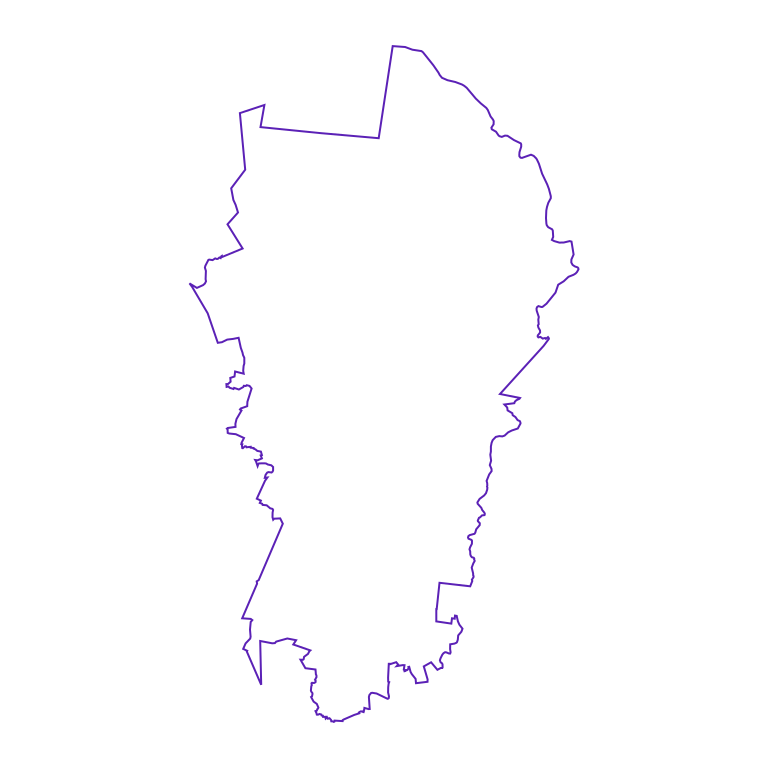 outline of Nacajuca, Tabasco, Mexico
{"feature_id": "50627088B18238703345700", "entity_name": "Nacajuca", "entity_type": "district", "adm_level": 2, "iso_a3": "MEX", "parent_name": "Mexico", "parent_adm1": "Tabasco", "projection": "natural_earth1", "projection_center": [-92.932, 18.178], "detail": "fine", "context": "isolated", "style": "outline", "palette": "violet", "viewbox_px": 768, "rotation_deg": 0, "n_neighbors": 0, "source": "geoboundaries", "source_scale": "gbopen_adm2", "svg_char_len": 6112}
<svg xmlns="http://www.w3.org/2000/svg" viewBox="0 0 768 768"><path d="M486.3,107.9L480.8,103.4L475.8,98.6L466.7,87.8L464.2,85.8L462.0,84.5L455.3,82.0L447.5,80.2L442.0,77.8L439.7,75.0L438.5,72.7L433.3,65.2L423.0,52.3L421.5,51.1L412.4,49.7L405.1,47.0L392.7,46.1L378.7,138.2L319.2,133.0L260.5,127.1L264.4,105.0L239.9,113.1L245.2,169.7L231.2,188.3L233.4,200.0L235.6,204.8L238.0,212.5L227.5,224.3L242.6,248.5L222.1,257.0L221.9,255.9L221.2,256.4L220.6,258.1L219.4,257.5L217.9,258.8L216.9,259.0L215.2,258.4L212.6,260.1L209.2,259.6L208.4,259.9L205.4,265.7L204.9,267.6L205.9,270.9L205.6,279.2L206.0,281.3L204.9,283.5L203.1,285.1L196.9,287.9L189.5,283.4L192.2,287.0L207.7,313.3L217.8,342.8L221.9,342.2L227.2,339.6L233.1,338.9L238.6,337.8L240.8,347.8L242.5,352.6L243.0,355.0L244.3,357.8L244.3,363.5L243.6,365.9L243.2,370.8L243.7,373.7L235.1,371.5L234.5,376.5L230.3,377.9L230.6,381.7L228.0,384.0L226.4,384.1L226.6,386.9L228.4,386.5L229.7,387.8L233.5,389.0L234.1,387.9L238.9,389.5L243.3,387.0L243.8,385.8L245.8,386.0L246.7,385.2L249.5,385.9L251.6,388.5L247.4,401.8L247.2,406.2L240.7,408.5L240.0,409.5L241.5,410.5L236.5,419.1L235.4,423.8L235.5,426.9L227.7,428.0L226.9,428.7L227.6,429.4L227.7,432.9L229.2,433.5L235.8,434.2L244.0,438.0L241.6,442.7L241.3,444.1L242.3,444.3L241.9,445.5L242.3,448.1L242.8,448.2L244.9,446.3L246.0,446.4L246.5,447.3L250.7,446.8L250.7,447.7L253.6,448.0L253.6,448.6L255.5,449.4L257.3,450.9L260.9,451.6L261.9,455.1L260.7,455.4L261.9,458.4L257.6,460.3L255.2,460.0L256.0,461.4L257.6,466.1L258.4,463.9L259.0,463.4L264.5,463.3L266.1,463.5L267.8,464.5L271.3,465.3L273.1,467.0L273.1,470.4L272.6,471.6L271.6,472.5L268.4,472.1L267.2,472.6L265.6,474.8L264.8,477.8L267.4,477.5L265.0,480.8L256.8,498.7L260.9,500.6L259.8,502.9L262.2,503.8L262.6,504.9L266.7,505.3L270.2,508.3L272.5,508.9L273.1,510.0L272.6,512.6L272.5,517.2L273.2,519.7L274.1,518.7L280.2,518.4L282.8,523.7L258.7,580.1L256.7,581.4L257.1,583.6L242.2,618.3L250.7,618.9L252.3,620.1L250.7,622.0L250.0,629.6L250.6,636.7L250.2,638.6L245.6,643.4L243.2,648.9L247.2,650.8L246.8,651.5L261.2,684.8L260.2,641.0L272.2,643.3L274.9,643.1L276.2,641.6L287.3,638.5L296.1,640.2L293.3,644.5L310.3,650.4L309.3,651.3L308.0,653.9L304.1,656.8L303.6,659.3L302.8,659.8L300.5,659.7L305.4,668.2L315.5,669.5L315.9,674.4L316.4,675.3L316.5,677.1L315.0,679.8L315.6,680.4L315.6,682.0L315.2,682.4L314.0,683.0L312.0,682.8L311.5,683.3L311.8,685.3L311.3,686.2L310.9,690.5L311.2,691.5L312.4,693.1L312.5,694.0L312.0,696.3L311.1,697.0L313.6,701.6L316.8,703.9L318.4,707.6L317.9,708.7L317.3,709.1L316.8,710.6L315.5,711.1L316.5,713.2L316.8,714.6L317.9,714.7L319.5,714.0L321.3,714.5L321.6,715.5L322.9,715.7L323.1,716.9L325.3,716.8L325.7,718.6L326.4,718.0L326.1,717.9L326.3,717.3L326.8,716.9L327.9,718.7L329.4,718.2L329.7,718.4L331.1,720.0L331.3,721.3L332.9,721.4L333.8,721.9L334.5,721.5L334.6,720.6L342.6,721.1L342.7,720.1L343.7,719.5L354.3,714.9L359.0,713.4L358.6,713.0L359.3,712.1L361.0,711.3L363.6,712.1L363.9,711.1L363.6,710.6L364.2,709.8L364.4,707.9L368.6,709.1L369.7,709.0L368.9,697.0L369.4,695.0L371.1,693.0L372.3,692.8L376.6,693.5L386.9,698.5L387.8,698.8L388.7,698.2L389.0,696.4L388.1,692.5L388.2,687.1L388.6,683.7L389.2,682.1L388.2,681.7L388.1,677.5L388.8,663.8L390.1,663.8L390.3,664.1L396.2,662.2L398.2,664.6L396.8,666.1L402.9,665.1L404.5,665.2L403.8,669.6L404.2,669.8L404.5,671.2L405.3,671.0L405.3,670.5L405.9,670.4L406.0,670.0L407.1,670.1L407.6,669.7L408.7,668.1L408.4,667.0L409.2,666.8L410.6,672.0L411.8,674.1L415.6,678.9L416.0,683.2L427.5,681.8L427.6,679.4L423.8,666.4L431.1,662.3L437.4,669.8L440.8,668.0L442.3,668.0L442.6,667.3L442.5,664.3L442.1,663.4L440.6,662.3L439.9,660.3L440.5,658.4L442.3,654.7L443.5,653.2L445.1,652.2L446.4,652.4L449.0,653.5L450.2,653.5L450.6,652.2L450.1,649.1L450.2,644.3L454.5,643.6L456.5,642.7L457.0,642.1L457.8,639.7L458.2,635.4L461.4,631.7L462.5,628.7L459.4,624.7L457.9,621.3L456.7,615.9L455.0,615.6L454.7,618.7L452.0,618.3L451.3,623.6L436.3,621.4L436.3,609.1L436.7,609.1L439.5,582.8L470.2,586.3L472.3,581.0L471.9,579.7L473.5,577.2L473.6,576.1L473.2,575.6L473.1,573.3L471.7,567.6L473.3,563.4L474.7,560.9L474.1,559.3L474.3,558.8L473.8,557.8L471.8,557.2L470.8,555.9L470.3,554.4L470.2,551.4L469.5,549.3L470.1,547.3L471.9,543.8L472.0,540.8L471.5,539.9L468.5,538.7L468.0,537.5L468.4,536.1L469.7,535.1L474.5,533.8L475.3,532.6L476.2,529.3L479.7,525.1L479.8,523.2L477.9,521.2L477.8,520.5L479.0,517.8L480.1,517.3L482.0,515.4L484.5,515.1L484.7,514.6L484.8,513.7L484.3,512.6L482.2,510.0L481.3,507.8L477.7,503.8L477.4,502.4L479.6,498.9L484.1,495.5L486.0,493.2L487.2,489.6L487.4,487.6L487.0,486.6L487.3,485.7L487.2,483.1L486.6,480.9L489.2,474.4L491.6,471.1L491.5,468.9L489.8,465.1L491.1,460.7L490.3,454.7L490.9,451.5L490.9,446.5L491.6,442.8L492.7,440.1L495.8,436.9L499.3,436.1L502.3,436.4L504.6,435.6L508.2,432.3L511.8,430.5L517.8,428.5L520.5,423.5L520.4,422.4L519.8,421.1L517.6,420.1L515.4,417.0L512.7,415.2L512.3,413.2L507.6,410.4L507.2,407.5L504.4,404.5L514.3,403.2L514.9,401.6L516.4,400.2L519.4,398.8L520.0,398.0L500.0,394.0L543.6,345.9L548.8,339.0L548.9,338.3L548.0,337.1L545.9,338.8L545.1,338.0L542.7,338.6L540.4,336.9L538.4,337.4L537.7,336.6L537.8,335.4L540.1,332.5L540.1,331.6L540.0,330.4L538.4,327.6L537.9,325.4L538.7,324.2L538.3,319.7L538.8,317.0L536.7,310.7L536.5,308.7L537.0,307.2L538.4,306.1L541.4,307.0L542.5,306.9L546.5,303.7L555.5,292.6L558.2,284.7L563.7,281.3L568.5,276.8L573.5,274.8L575.6,273.5L577.0,272.0L578.5,269.3L578.3,268.2L577.6,267.4L574.8,266.4L572.6,264.9L571.3,262.5L571.4,259.5L573.6,254.5L571.5,241.6L569.7,241.1L563.8,242.5L559.4,242.6L554.2,241.1L551.9,239.9L553.2,236.9L552.8,230.6L552.1,229.3L548.2,227.2L546.8,225.3L546.4,223.7L546.0,218.1L546.3,210.5L547.0,206.9L548.3,202.8L550.8,198.2L550.8,196.2L548.9,188.9L547.2,184.4L542.1,173.7L538.9,163.7L537.1,159.9L536.3,158.5L533.7,155.9L531.0,154.7L522.0,157.9L520.5,157.7L519.4,156.3L519.3,154.9L519.5,152.1L521.2,146.7L521.2,144.4L520.8,143.4L514.0,140.1L507.5,135.8L505.0,135.6L501.8,136.9L499.5,136.2L498.6,135.5L496.0,131.7L491.8,129.3L491.4,127.7L493.6,124.3L493.7,121.1L493.0,119.6L490.6,116.5L487.8,110.0L486.3,107.9Z" fill="none" stroke="#5b21b6" stroke-width="2"/></svg>